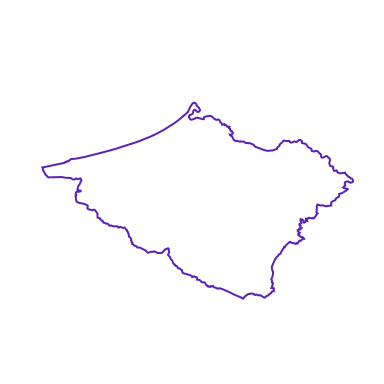 the district of Chana, Songkhla, Thailand, rotated 288°
{"feature_id": "78962969B24308804777552", "entity_name": "Chana", "entity_type": "district", "adm_level": 2, "iso_a3": "THA", "parent_name": "Thailand", "parent_adm1": "Songkhla", "projection": "natural_earth1", "projection_center": [100.698, 6.919], "detail": "fine", "context": "isolated", "style": "outline", "palette": "violet", "viewbox_px": 384, "rotation_deg": 288, "n_neighbors": 0, "source": "geoboundaries", "source_scale": "gbopen_adm2", "svg_char_len": 6096}
<svg xmlns="http://www.w3.org/2000/svg" viewBox="0 0 384 384"><g transform="rotate(288 192 192)"><path d="M276.6,165.3L273.1,164.2L267.1,163.4L264.5,162.1L256.4,157.1L252.2,154.1L241.8,145.5L236.1,139.9L231.7,135.2L223.1,124.9L209.2,105.7L202.3,95.2L192.3,79.3L188.1,71.8L186.0,67.0L185.2,66.1L184.3,65.9L184.0,65.4L183.4,65.3L183.0,64.8L183.0,64.3L182.4,63.9L182.2,63.3L181.7,63.1L181.3,62.2L180.7,62.2L180.4,61.8L169.1,42.2L168.7,42.7L166.2,44.0L165.1,45.6L163.4,47.0L161.5,50.8L166.0,63.6L166.4,67.0L167.8,72.5L167.2,74.2L167.2,75.4L168.0,76.8L168.7,77.1L169.1,77.7L168.8,79.6L170.3,81.2L170.4,81.8L169.1,83.2L167.6,83.1L167.0,82.8L165.9,83.0L162.4,82.0L158.7,82.4L158.8,85.1L158.6,85.9L157.8,85.4L156.4,82.0L154.5,81.9L153.8,82.6L153.1,82.6L152.8,82.9L152.5,82.4L150.7,83.2L148.3,84.4L147.1,85.4L146.9,86.0L146.8,88.3L147.4,93.2L147.0,96.3L146.6,97.2L144.1,97.6L143.6,98.5L143.7,102.8L144.9,104.0L144.8,105.3L142.3,108.7L138.4,110.2L138.6,112.4L137.9,112.9L137.5,114.1L136.8,114.8L137.0,115.9L135.5,117.3L135.8,118.1L135.4,119.7L135.8,121.7L134.4,124.0L135.2,125.3L135.0,127.0L135.3,128.6L135.9,130.6L136.3,131.3L135.5,133.3L136.6,134.6L136.6,137.7L137.4,139.0L136.7,140.0L135.9,140.7L135.7,141.8L134.6,142.5L134.1,143.5L133.2,143.8L132.6,144.7L130.2,145.7L129.8,147.1L128.6,148.7L127.4,148.8L126.8,149.6L125.8,150.0L125.5,151.0L124.1,151.1L123.9,152.2L123.2,153.7L123.4,155.3L122.3,157.1L123.1,160.2L122.6,161.7L122.1,166.0L120.8,168.0L120.7,169.1L122.3,171.1L122.8,172.2L122.9,173.3L123.9,174.4L123.4,178.3L124.8,182.2L129.1,184.3L131.1,186.6L130.6,187.6L128.9,188.0L127.7,189.0L125.8,188.6L124.5,188.9L123.6,190.9L122.0,192.1L120.7,194.5L118.7,195.8L117.7,197.4L117.7,198.2L116.8,198.7L116.7,200.8L115.1,202.2L115.5,203.8L114.7,205.7L114.6,206.6L112.7,207.7L112.1,208.5L112.3,215.3L112.2,217.7L111.9,218.2L111.2,218.4L111.4,219.1L112.5,220.1L112.2,221.5L112.4,222.9L112.0,223.3L110.2,223.9L110.7,226.3L109.2,229.5L109.5,230.7L109.9,231.2L109.8,232.0L109.4,232.9L108.1,233.9L107.9,235.0L107.0,235.9L107.1,236.4L107.5,236.9L107.1,237.3L107.2,238.3L107.5,238.8L108.2,238.9L108.7,240.2L108.5,240.6L109.1,241.0L108.5,241.6L108.3,242.4L108.1,246.5L108.9,247.9L109.1,249.7L108.4,258.2L107.4,264.3L106.9,270.9L106.3,273.5L109.2,274.7L112.2,276.9L113.9,280.2L114.2,282.2L113.4,283.6L114.5,285.1L114.2,287.1L115.0,289.0L113.9,292.9L114.1,294.0L116.0,294.9L116.4,295.7L117.4,296.6L118.9,297.1L119.8,298.2L121.9,298.8L122.6,299.4L123.0,300.6L123.7,300.0L125.7,299.7L125.6,298.4L125.3,297.2L127.0,297.5L127.7,297.2L128.7,297.4L129.5,297.1L130.1,297.3L130.8,295.9L132.4,295.5L133.6,294.4L136.6,294.7L141.1,293.9L142.5,292.4L145.3,291.0L153.6,291.8L153.7,292.1L154.2,292.2L155.8,292.4L157.8,293.6L159.1,293.7L159.6,294.4L160.2,294.6L160.9,295.3L162.3,295.3L167.4,296.6L168.0,296.5L168.1,297.3L169.4,297.5L170.9,298.1L174.9,300.5L174.5,302.2L174.8,305.2L174.7,306.8L175.7,307.2L175.6,308.3L176.0,308.5L178.9,309.1L179.1,310.3L181.7,311.9L182.1,313.0L183.0,312.0L182.9,311.4L183.1,310.5L182.8,309.7L183.2,309.0L183.2,308.4L183.6,307.6L183.6,306.8L183.9,306.4L184.5,306.1L185.6,307.1L186.0,306.8L186.6,306.9L186.5,305.8L187.8,305.1L187.8,304.7L188.1,304.7L188.3,304.4L189.0,305.3L189.5,305.2L189.7,305.6L190.1,305.5L190.1,306.7L190.6,306.6L191.6,307.3L191.7,306.3L192.3,305.8L193.5,305.7L193.7,304.4L194.1,304.2L194.5,304.2L194.6,304.6L195.1,304.3L195.4,304.9L196.4,305.5L197.7,304.7L198.4,303.9L199.8,303.7L199.8,304.0L199.4,304.2L200.0,305.1L199.8,305.8L199.2,306.0L198.8,307.2L197.8,307.8L197.5,307.7L197.5,308.0L198.4,309.0L199.9,309.1L200.1,309.6L199.9,310.1L200.0,310.5L200.7,310.0L200.9,308.9L201.8,308.6L202.2,310.1L203.4,310.7L203.3,311.4L203.7,311.8L204.1,314.6L204.4,314.7L204.4,315.3L204.9,315.4L204.9,316.1L208.2,317.4L209.2,317.3L210.5,318.1L210.7,317.3L211.6,316.4L213.4,316.2L217.7,314.9L218.8,315.2L218.9,318.6L219.8,320.4L219.7,322.4L219.9,324.3L221.0,325.8L221.4,327.2L222.3,328.7L224.3,327.8L225.3,327.7L226.9,328.9L228.5,330.8L230.3,330.9L232.8,333.1L233.4,333.2L235.8,332.6L237.0,334.7L240.8,338.1L242.8,339.3L243.1,339.0L242.7,335.9L243.1,334.3L245.6,335.7L246.8,334.7L248.5,334.6L249.5,335.4L250.0,336.4L250.2,337.9L249.7,339.7L251.0,341.6L252.0,341.8L253.5,341.1L254.2,340.0L253.9,338.8L254.9,336.9L255.0,335.3L255.6,335.0L256.1,333.5L257.3,331.7L257.6,331.6L257.0,331.0L256.7,329.2L255.4,327.2L255.6,324.4L256.5,323.7L257.2,322.7L256.2,321.4L256.1,320.4L257.8,319.0L259.2,318.8L259.7,318.2L259.8,317.7L259.5,316.4L259.5,315.4L259.9,315.0L261.9,313.6L264.8,313.4L265.7,313.1L266.7,312.1L266.8,311.1L267.7,309.6L267.7,308.5L267.1,307.7L265.7,306.8L265.2,305.9L264.8,304.8L265.9,303.6L267.5,303.0L268.7,300.3L269.5,299.3L269.5,297.1L268.3,295.7L268.0,293.4L268.2,293.0L269.3,292.7L269.9,292.2L270.4,288.7L272.5,286.0L272.9,285.2L272.6,281.3L274.4,280.8L275.0,279.0L274.9,278.3L274.5,277.7L271.9,276.1L271.7,275.2L271.7,273.6L269.6,271.3L269.6,270.0L270.6,268.7L269.8,266.7L269.2,263.2L267.0,262.4L264.3,260.7L263.1,260.9L260.7,259.4L259.3,259.5L256.1,255.4L255.8,254.1L254.8,252.1L254.4,250.6L254.2,247.3L254.6,238.3L256.1,235.3L256.3,231.8L256.3,231.2L255.7,230.4L255.8,229.7L255.3,228.4L255.3,227.4L256.0,225.6L255.7,224.6L255.0,223.2L255.1,222.3L254.5,221.4L254.7,219.6L254.5,218.7L254.0,218.0L254.2,216.2L254.8,215.3L257.3,212.9L257.7,211.0L258.0,211.2L258.5,210.6L258.7,211.6L259.5,212.4L261.2,212.5L262.2,211.1L261.9,210.3L262.5,209.8L262.9,209.0L263.8,208.7L263.8,208.3L264.8,206.4L265.0,206.5L265.1,207.5L265.6,207.6L265.7,207.1L265.1,205.7L265.1,205.2L266.1,204.0L265.7,202.5L266.5,202.3L266.6,201.9L265.3,199.8L266.4,199.0L267.4,197.0L268.7,196.1L269.0,195.4L269.0,194.3L268.4,193.6L268.1,192.6L268.7,190.1L270.0,187.4L270.0,185.2L269.4,184.8L268.7,182.7L266.9,180.3L266.2,180.3L265.3,180.8L264.6,180.2L264.3,173.8L263.8,172.9L262.6,171.9L261.1,170.0L260.5,168.8L260.7,167.8L262.2,166.0L263.5,165.7L264.4,166.1L265.7,167.7L266.5,168.3L267.4,168.4L269.7,168.2L270.5,168.5L271.1,169.1L271.2,169.7L270.0,171.6L269.9,172.7L270.7,173.9L272.3,174.4L272.8,174.1L274.6,172.1L275.3,170.0L277.1,168.8L277.7,166.7L276.6,165.3Z" fill="none" stroke="#5b21b6" stroke-width="2"/></g></svg>